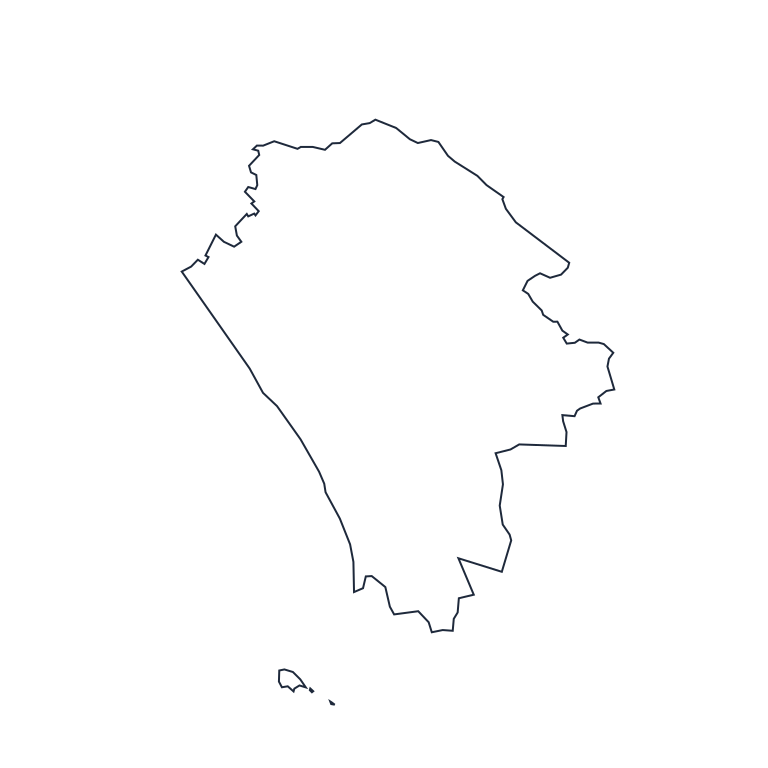 Killiney-Shankill Lea-7, Dún Laoghaire–Rathdown, Ireland, rotated 155°
{"feature_id": "5873133B24997022792264", "entity_name": "Killiney-Shankill Lea-7", "entity_type": "district", "adm_level": 2, "iso_a3": "IRL", "parent_name": "Ireland", "parent_adm1": "Dún Laoghaire–Rathdown", "projection": "mercator", "projection_center": [-6.14, 53.238], "detail": "fine", "context": "isolated", "style": "outline", "palette": "slate", "viewbox_px": 768, "rotation_deg": 155, "n_neighbors": 0, "source": "geoboundaries", "source_scale": "gbopen_adm2", "svg_char_len": 1993}
<svg xmlns="http://www.w3.org/2000/svg" viewBox="0 0 768 768"><g transform="rotate(155 384 384)"><path d="M237.4,274.5L235.5,280.4L224.9,274.3L220.4,278.2L216.6,278.9L202.8,277.9L196.0,274.8L195.4,281.4L185.4,283.7L177.6,281.7L174.1,305.4L169.4,311.9L163.0,315.4L167.9,327.3L172.1,330.9L182.0,335.5L188.1,341.7L193.6,340.7L201.3,343.4L202.0,350.2L196.5,351.2L199.8,357.0L200.5,367.2L204.3,368.9L210.5,379.4L210.0,384.0L214.4,395.8L215.2,404.7L218.6,410.2L210.3,416.8L201.4,418.2L195.8,418.4L188.6,410.1L177.3,408.3L168.3,411.7L164.9,415.6L196.2,474.8L199.5,491.3L198.6,501.5L196.6,502.9L207.0,520.9L211.4,533.2L225.9,555.7L229.6,563.8L232.4,580.4L238.3,585.2L251.5,588.1L257.1,594.9L264.8,610.9L280.1,627.2L286.7,626.5L294.4,628.6L322.1,621.0L329.2,624.0L338.5,621.2L348.3,628.9L359.1,634.0L363.0,633.7L380.9,650.4L392.8,651.1L398.4,653.8L403.6,652.1L399.4,648.6L400.3,644.3L414.1,638.8L415.1,632.0L411.4,627.4L414.8,617.8L418.1,615.0L423.8,619.9L428.8,617.0L424.4,604.3L427.9,603.6L424.5,593.6L429.2,591.1L429.6,593.3L436.2,593.3L436.5,596.1L452.2,589.8L454.6,580.7L453.2,573.2L461.8,571.8L469.0,580.5L473.2,590.4L491.5,575.9L489.4,573.2L496.0,568.7L500.2,575.3L509.2,571.9L519.8,571.4L499.2,454.7L497.4,427.1L490.3,409.2L483.0,369.1L479.9,331.9L480.3,318.9L482.7,310.6L480.9,280.6L482.5,253.0L486.9,235.7L499.1,208.1L489.3,207.8L481.8,217.3L476.3,215.1L468.6,199.4L472.8,179.7L472.2,170.9L449.0,163.6L444.2,149.2L445.6,138.8L434.8,136.2L426.0,131.3L420.0,141.7L413.8,145.8L406.7,158.2L391.7,155.1L390.2,194.6L356.6,164.0L334.8,188.5L333.8,194.4L335.8,206.4L330.5,224.9L318.6,242.8L314.1,256.2L312.1,274.1L297.0,271.2L287.0,272.1L245.5,251.0L238.9,263.3L237.4,274.5ZM584.7,151.7L588.3,161.5L594.9,167.4L600.0,168.6L605.0,158.7L604.7,152.3L599.0,150.7L595.9,143.6L594.0,145.8L588.0,146.5L583.1,142.1L584.7,151.7ZM580.6,137.9L579.6,135.1L578.0,135.5L579.5,139.2L580.6,137.9ZM566.0,117.6L566.9,119.0L567.1,116.2L564.2,114.2L566.0,117.6Z" fill="none" stroke="#1e293b" stroke-width="2"/></g></svg>